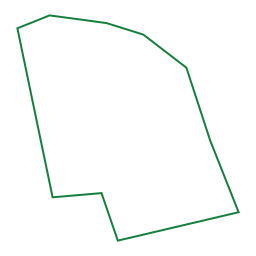 Gulistan city, Sirdaryo, Uzbekistan (Albers equal-area conic projection)
{"feature_id": "79887680B26381938594852", "entity_name": "Gulistan city", "entity_type": "district", "adm_level": 2, "iso_a3": "UZB", "parent_name": "Uzbekistan", "parent_adm1": "Sirdaryo", "projection": "albers", "projection_center": [68.761, 40.473], "detail": "fine", "context": "isolated", "style": "outline", "palette": "green", "viewbox_px": 256, "rotation_deg": 0, "n_neighbors": 0, "source": "geoboundaries", "source_scale": "gbopen_adm2", "svg_char_len": 249}
<svg xmlns="http://www.w3.org/2000/svg" viewBox="0 0 256 256"><path d="M17.4,28.3L52.6,197.3L101.5,193.1L117.8,240.6L238.6,212.2L210.1,140.3L186.4,67.7L143.3,34.6L106.6,23.1L49.5,15.4L17.4,28.3Z" fill="none" stroke="#15803d" stroke-width="2"/></svg>